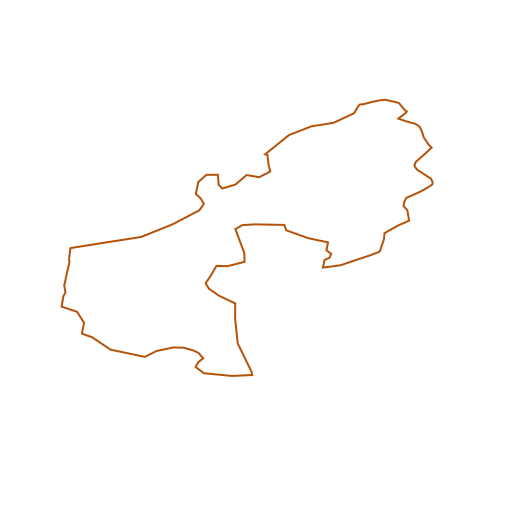 An Nuhud, North Kordufan, Sudan (Equal Earth projection), rotated 252°
{"feature_id": "16777658B62353241688309", "entity_name": "An Nuhud", "entity_type": "district", "adm_level": 2, "iso_a3": "SDN", "parent_name": "Sudan", "parent_adm1": "North Kordufan", "projection": "equal_earth", "projection_center": [28.354, 13.164], "detail": "fine", "context": "isolated", "style": "outline", "palette": "amber", "viewbox_px": 512, "rotation_deg": 252, "n_neighbors": 0, "source": "geoboundaries", "source_scale": "gbopen_adm2", "svg_char_len": 1963}
<svg xmlns="http://www.w3.org/2000/svg" viewBox="0 0 512 512"><g transform="rotate(252 256 256)"><path d="M361.3,332.9L360.8,324.7L349.9,296.1L348.5,298.1L339.4,296.2L332.0,295.7L329.9,283.5L335.9,272.1L330.3,258.5L330.6,244.8L335.2,242.5L345.0,244.8L348.5,234.0L344.3,224.1L333.8,218.0L327.5,221.3L321.6,222.5L317.0,216.3L311.9,186.4L309.6,152.7L312.8,132.6L315.5,116.0L320.8,82.6L320.9,82.0L320.8,81.9L315.7,79.5L312.4,78.0L310.0,76.9L309.9,76.9L308.1,76.9L303.4,74.1L303.0,73.8L293.1,67.9L292.5,67.6L292.4,67.6L287.3,64.5L286.8,64.5L280.2,63.5L278.4,61.6L277.2,60.3L267.9,55.5L264.3,60.3L262.6,62.7L258.2,68.6L245.7,71.8L235.9,66.5L235.7,66.7L229.3,75.1L211.9,88.7L194.4,119.1L196.4,131.9L194.6,149.1L191.2,158.7L185.7,167.0L181.7,171.3L175.0,174.2L172.9,168.2L169.1,164.3L160.6,170.2L149.4,196.0L144.0,215.6L147.0,216.0L178.6,211.6L203.0,216.8L217.3,221.6L229.7,208.5L239.5,201.1L245.7,199.7L251.5,207.2L258.8,215.3L255.1,225.9L254.0,243.3L262.5,245.8L288.0,244.7L289.6,252.5L286.5,264.5L276.8,292.5L271.1,292.7L256.9,311.0L246.7,328.7L239.7,324.8L234.7,328.2L231.6,325.4L231.1,320.0L224.3,316.1L221.1,333.3L221.4,365.0L221.9,374.9L229.5,380.7L232.3,382.8L238.0,385.3L241.2,401.0L241.7,406.8L242.3,412.5L248.0,413.4L252.8,414.1L257.8,411.8L259.3,412.4L260.6,413.0L263.7,415.7L264.3,416.3L264.8,417.2L265.5,423.6L266.5,432.7L268.3,441.5L269.5,445.7L271.5,446.8L275.4,446.3L275.7,446.0L278.3,443.9L283.3,440.0L287.9,436.2L288.0,436.1L289.8,435.4L291.6,434.8L293.2,434.7L296.1,437.0L301.4,449.2L304.8,456.5L308.6,454.6L316.8,452.2L323.4,452.3L328.6,451.5L329.0,451.2L332.6,448.3L335.6,443.5L338.6,439.2L342.7,433.8L342.8,434.0L345.8,442.8L346.9,444.1L347.0,444.0L347.3,443.7L348.4,442.7L352.8,441.0L357.3,439.2L359.4,436.0L360.0,435.1L364.8,426.8L364.9,426.1L365.9,421.0L366.3,417.0L366.6,415.0L367.2,404.6L368.0,402.0L368.0,401.8L367.2,400.1L366.1,398.7L361.5,393.4L358.7,370.8L362.2,348.7L361.3,332.9Z" fill="none" stroke="#b45309" stroke-width="2"/></g></svg>